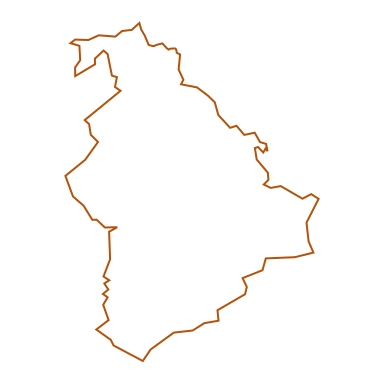 Saraj, Saraj, North Macedonia
{"feature_id": "65306769B68285102273894", "entity_name": "Saraj", "entity_type": "district", "adm_level": 2, "iso_a3": "MKD", "parent_name": "North Macedonia", "parent_adm1": "Saraj", "projection": "albers", "projection_center": [21.239, 42.003], "detail": "fine", "context": "isolated", "style": "outline", "palette": "amber", "viewbox_px": 384, "rotation_deg": 0, "n_neighbors": 0, "source": "geoboundaries", "source_scale": "gbopen_adm2", "svg_char_len": 1292}
<svg xmlns="http://www.w3.org/2000/svg" viewBox="0 0 384 384"><path d="M142.8,361.0L150.6,349.5L173.8,332.6L192.7,330.5L204.2,323.2L218.5,320.7L217.5,310.2L245.1,294.2L246.8,286.9L242.6,278.1L262.5,270.2L265.8,258.4L294.7,257.2L313.4,252.6L308.6,241.4L306.5,222.6L318.6,198.9L311.2,194.1L302.5,198.7L280.7,186.1L270.7,187.9L263.8,184.5L268.4,179.9L267.9,172.8L256.7,159.5L254.9,148.1L258.0,147.0L263.3,152.5L265.5,148.6L267.5,151.2L266.1,143.9L260.0,142.1L254.7,132.7L244.3,134.9L236.5,125.8L230.1,127.8L218.3,115.0L214.8,102.3L208.0,95.7L197.0,87.4L181.0,84.3L183.4,79.8L178.6,69.5L180.1,54.5L176.8,52.8L176.1,49.3L175.0,48.4L170.1,48.7L168.8,49.6L166.8,48.3L162.4,43.4L156.9,44.8L153.4,46.2L148.7,45.0L144.8,35.7L141.2,29.5L139.4,23.0L131.7,29.9L122.1,31.0L115.3,36.6L98.8,35.3L88.4,40.0L75.1,39.6L70.5,43.2L79.4,45.8L80.2,60.2L75.1,67.5L75.2,76.1L95.0,64.3L94.9,58.6L103.6,50.6L107.6,54.0L111.9,75.6L116.9,77.1L115.0,87.0L120.5,90.8L84.7,120.1L89.1,124.1L90.8,134.8L98.0,142.0L85.2,159.8L65.4,175.9L73.0,196.5L83.6,205.7L92.3,219.8L96.6,219.7L104.9,227.5L117.2,227.2L109.1,231.7L110.1,259.3L103.5,276.5L109.3,280.3L104.3,283.4L108.3,289.5L102.9,294.0L107.6,297.3L103.2,304.8L108.6,320.1L96.3,329.5L110.8,339.9L113.6,345.5L142.8,361.0Z" fill="none" stroke="#b45309" stroke-width="2"/></svg>